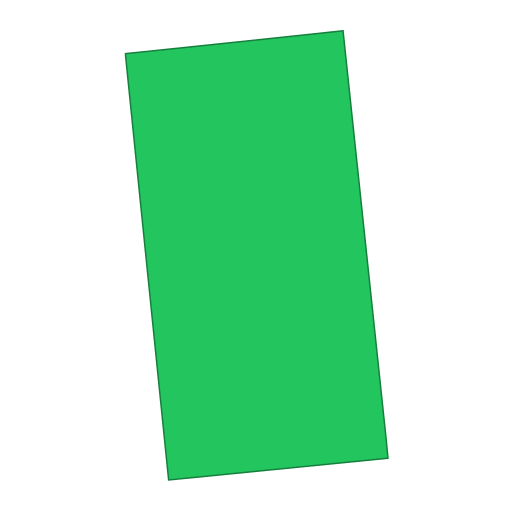 outline of Logan, North Dakota, United States of America, rotated 264°
{"feature_id": "52423323B86928550468841", "entity_name": "Logan", "entity_type": "district", "adm_level": 2, "iso_a3": "USA", "parent_name": "United States of America", "parent_adm1": "North Dakota", "projection": "equal_earth", "projection_center": [-99.372, 46.458], "detail": "fine", "context": "isolated", "style": "filled", "palette": "green", "viewbox_px": 512, "rotation_deg": 264, "n_neighbors": 0, "source": "geoboundaries", "source_scale": "gbopen_adm2", "svg_char_len": 276}
<svg xmlns="http://www.w3.org/2000/svg" viewBox="0 0 512 512"><g transform="rotate(264 256 256)"><path d="M470.9,147.4L469.0,147.2L269.5,146.5L42.4,145.7L41.1,366.1L59.8,366.3L470.9,366.1L470.8,256.2L470.9,147.4Z" fill="#22c55e" stroke="#15803d" stroke-width="1.5"/></g></svg>